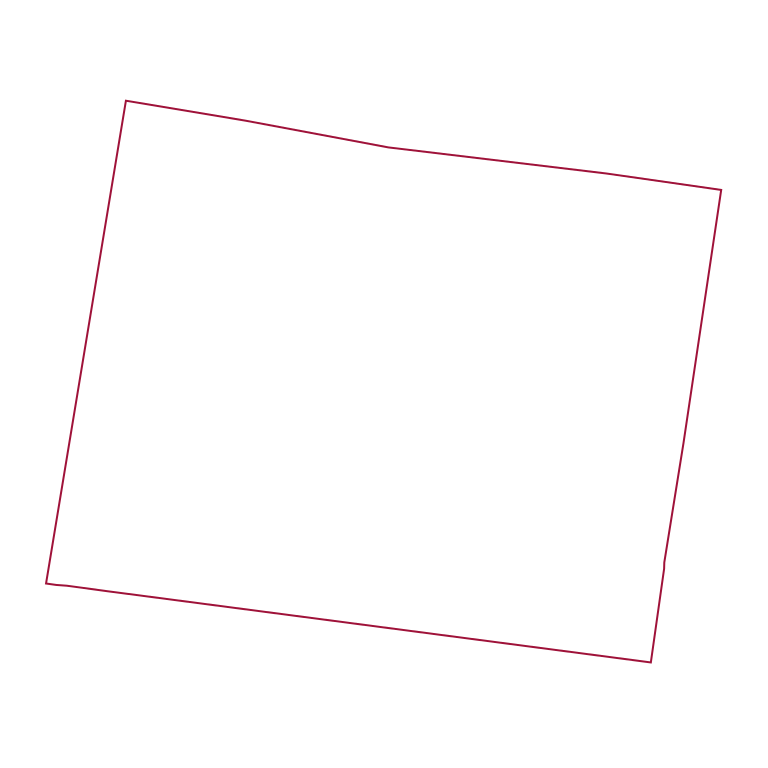 the district of Linn, Missouri, United States of America, rotated 188°
{"feature_id": "52423323B93624151599434", "entity_name": "Linn", "entity_type": "district", "adm_level": 2, "iso_a3": "USA", "parent_name": "United States of America", "parent_adm1": "Missouri", "projection": "robinson", "projection_center": [-93.129, 39.869], "detail": "fine", "context": "isolated", "style": "outline", "palette": "rose", "viewbox_px": 768, "rotation_deg": 188, "n_neighbors": 0, "source": "geoboundaries", "source_scale": "gbopen_adm2", "svg_char_len": 328}
<svg xmlns="http://www.w3.org/2000/svg" viewBox="0 0 768 768"><g transform="rotate(188 384 384)"><path d="M80.9,240.1L81.6,246.3L79.2,367.1L77.1,623.1L193.3,623.4L412.6,618.9L557.9,625.5L679.0,628.6L690.9,139.4L680.5,139.4L670.1,140.1L628.7,140.3L81.0,145.4L80.9,240.1Z" fill="none" stroke="#9f1239" stroke-width="2"/></g></svg>